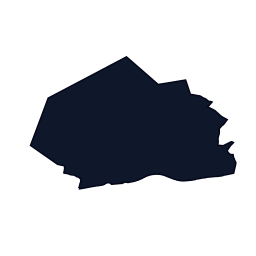 outline of Borsele, Zeeland, Netherlands, rotated 166°
{"feature_id": "6326949B66148717783622", "entity_name": "Borsele", "entity_type": "district", "adm_level": 2, "iso_a3": "NLD", "parent_name": "Netherlands", "parent_adm1": "Zeeland", "projection": "natural_earth1", "projection_center": [3.797, 51.429], "detail": "fine", "context": "isolated", "style": "filled", "palette": "ink", "viewbox_px": 256, "rotation_deg": 166, "n_neighbors": 0, "source": "geoboundaries", "source_scale": "gbopen_adm2", "svg_char_len": 4383}
<svg xmlns="http://www.w3.org/2000/svg" viewBox="0 0 256 256"><g transform="rotate(166 128 128)"><path d="M226.8,134.7L205.1,109.8L204.8,109.6L204.5,109.5L200.9,107.7L199.1,106.9L198.9,106.8L198.9,106.3L199.0,105.8L199.3,103.9L200.0,102.4L200.1,102.1L200.4,101.5L200.5,101.4L200.6,101.2L201.1,99.9L200.9,99.8L200.4,99.5L200.0,99.3L199.7,99.1L199.4,99.1L198.2,98.6L197.9,98.5L197.5,98.3L197.2,98.1L196.0,97.2L195.9,97.1L195.3,96.8L194.7,96.5L194.4,96.3L193.0,95.8L192.7,95.7L192.1,95.6L190.8,94.5L190.5,94.2L190.3,94.1L189.8,93.4L189.7,93.3L189.6,93.2L189.0,92.9L188.7,92.8L188.4,92.6L188.1,92.3L188.0,92.2L186.8,91.4L186.7,91.2L186.8,90.9L186.9,90.7L185.8,89.8L185.8,89.7L186.2,89.2L186.4,88.9L186.5,88.7L186.7,88.2L186.7,87.9L186.4,87.8L186.4,87.7L186.3,87.4L186.5,87.3L186.8,87.1L187.0,87.0L187.2,86.8L187.2,86.7L187.3,86.6L187.6,86.1L188.0,85.5L188.2,85.4L188.3,85.1L188.9,83.8L189.6,82.6L189.7,82.4L190.0,82.1L189.7,81.9L189.1,81.5L189.6,80.7L188.7,80.6L186.1,80.4L182.9,80.2L182.7,80.2L182.3,80.3L182.3,80.2L177.6,79.9L176.0,79.8L175.0,79.7L173.9,79.6L172.3,79.5L171.3,79.3L169.1,79.1L167.9,79.0L167.0,78.9L166.5,78.9L166.2,78.9L165.7,78.9L165.2,79.0L164.6,79.1L164.4,79.1L164.1,79.3L163.5,79.5L163.3,79.6L163.2,79.7L162.9,79.7L162.5,79.8L162.2,79.8L161.9,79.9L161.5,79.9L161.2,79.8L160.6,79.8L160.4,79.7L160.1,79.6L159.7,79.5L159.5,79.4L159.1,79.2L158.8,79.0L158.6,78.8L158.4,78.6L158.2,78.5L158.1,78.3L158.0,78.1L157.8,77.8L157.8,77.7L157.7,77.4L154.5,76.9L150.8,76.3L149.0,76.1L147.3,75.8L147.3,75.7L147.2,75.7L147.2,75.8L147.1,75.7L146.9,75.7L146.9,75.8L146.1,76.0L145.5,76.1L145.0,76.1L144.5,76.1L143.9,76.1L143.4,76.1L143.2,76.0L142.9,76.0L142.4,75.7L141.9,75.4L141.7,75.3L141.4,75.2L140.9,75.1L140.4,75.1L138.8,75.0L137.7,74.9L137.2,74.9L136.7,74.9L135.6,74.8L135.1,74.8L134.1,74.8L133.5,74.9L132.5,74.9L132.0,75.0L131.4,75.0L130.8,75.1L130.7,75.0L130.4,75.1L129.9,75.2L128.8,75.4L127.8,75.5L126.3,75.8L125.8,76.0L123.6,76.4L123.6,76.5L123.1,76.7L122.2,76.8L121.6,76.8L121.1,76.9L120.5,76.9L119.8,77.0L119.5,77.1L118.4,77.1L117.8,77.1L117.7,77.1L117.3,77.1L116.7,77.1L116.2,77.1L115.7,77.0L115.1,77.0L114.6,76.9L114.2,76.9L113.9,76.8L112.5,76.6L111.9,76.5L111.4,76.3L110.9,76.2L110.4,76.1L109.9,75.9L109.4,75.7L109.0,75.6L108.4,75.4L107.4,75.0L106.9,74.8L106.0,74.3L105.1,73.8L104.3,73.3L104.0,73.2L103.1,72.5L103.0,72.4L102.9,72.3L102.6,72.2L101.9,71.6L99.9,70.2L98.7,69.4L97.1,68.2L96.3,67.7L95.9,67.4L95.4,67.2L94.0,66.3L93.7,66.0L93.4,65.9L92.5,65.4L92.1,65.2L91.6,65.0L91.2,64.8L90.7,64.6L90.3,64.4L89.3,64.0L88.8,63.9L88.3,63.7L87.9,63.6L87.4,63.5L86.9,63.3L85.8,63.1L84.8,62.9L82.7,62.6L82.3,62.7L82.2,62.5L81.2,62.4L80.1,62.2L79.6,62.1L79.2,62.1L78.6,62.0L77.5,61.9L77.0,61.9L76.5,61.8L75.1,61.8L75.0,62.1L72.2,61.7L72.0,61.8L71.7,61.8L71.5,61.7L70.5,61.6L69.0,61.6L68.5,61.5L68.1,61.5L66.4,61.4L66.0,61.2L65.3,61.2L64.8,61.1L63.9,61.1L61.1,61.0L61.2,60.8L60.6,60.7L59.0,60.5L57.9,60.3L56.4,60.1L54.3,59.7L53.3,59.5L52.2,59.3L51.7,59.3L51.2,59.2L49.6,59.0L48.6,58.9L47.8,58.9L47.8,59.1L47.0,59.2L46.5,59.2L46.5,59.6L46.2,59.6L46.1,59.1L45.4,59.0L42.2,58.8L41.3,58.8L38.5,58.7L36.5,58.6L36.4,59.3L36.1,59.3L36.0,59.5L32.3,66.7L32.3,66.9L31.7,68.2L32.1,70.1L32.1,70.3L32.3,71.4L32.7,74.2L32.5,76.8L33.0,76.9L33.4,77.0L33.8,77.1L34.1,77.2L34.6,77.4L34.9,77.6L35.1,77.7L35.3,77.9L35.4,78.0L35.6,78.2L35.8,78.3L35.9,78.5L36.0,78.7L36.2,79.0L36.3,79.2L37.1,81.0L37.2,81.3L37.2,81.5L37.2,81.8L37.1,82.0L36.9,82.3L36.8,82.5L36.4,82.9L36.0,83.2L33.1,85.9L29.2,88.3L30.1,89.2L30.3,89.3L30.5,89.5L30.9,89.6L31.0,89.6L31.3,89.6L31.5,89.6L39.3,87.9L39.5,87.9L39.8,87.9L40.0,87.9L40.4,87.9L40.6,88.0L40.9,88.1L45.3,89.7L45.0,90.1L44.1,91.8L43.6,94.0L43.2,96.3L41.9,98.7L41.7,99.0L40.7,100.9L40.0,103.7L39.7,105.2L35.8,107.9L35.7,107.9L35.1,108.0L34.9,108.0L34.7,108.1L29.7,112.1L34.4,116.4L34.8,116.9L39.3,123.6L39.4,123.8L45.7,129.4L44.2,130.1L43.6,130.4L43.0,130.9L40.1,132.9L40.4,133.2L40.8,133.4L41.2,133.6L42.1,133.9L42.7,134.1L43.0,134.2L43.1,134.3L43.5,134.6L44.0,135.3L45.5,137.3L45.7,137.6L46.1,137.9L46.4,138.1L47.6,138.9L48.1,139.3L48.4,139.7L49.7,141.1L50.1,141.4L50.5,141.7L50.7,141.8L51.7,142.2L52.8,142.7L53.8,143.1L55.4,143.9L57.4,144.8L57.7,144.9L58.0,145.0L58.4,145.1L58.6,145.0L59.1,145.0L59.3,145.0L60.5,160.6L88.2,162.9L105.0,187.0L112.3,197.4L160.6,185.5L198.2,176.3L208.4,161.4L226.8,134.7Z" fill="#0f172a" stroke="#020617" stroke-width="1.5"/></g></svg>